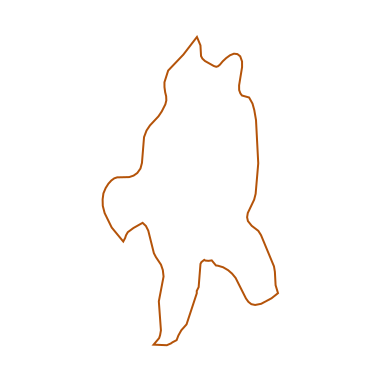 an SVG outline of Hòa Bình, rotated 240°
{"feature_id": "VNM-459", "entity_name": "Hòa Bình", "entity_type": "Province", "adm_level": 1, "iso_a3": "VNM", "parent_name": "Vietnam", "parent_adm1": "", "projection": "orthographic", "projection_center": [105.329, 20.711], "detail": "fine", "context": "isolated", "style": "outline", "palette": "amber", "viewbox_px": 384, "rotation_deg": 240, "n_neighbors": 0, "source": "natural_earth", "source_scale": "10m", "svg_char_len": 1493}
<svg xmlns="http://www.w3.org/2000/svg" viewBox="0 0 384 384"><g transform="rotate(240 192 192)"><path d="M323.8,273.8L314.7,272.6L305.2,267.8L302.3,267.7L299.0,268.7L290.2,273.9L288.3,275.6L287.9,277.4L288.3,279.8L289.8,283.9L290.9,288.6L291.4,293.4L290.8,297.5L288.7,300.3L285.4,301.6L280.0,300.6L275.1,297.8L260.8,286.1L256.7,283.8L253.2,283.2L250.6,283.5L245.3,288.7L238.3,288.6L231.8,286.9L222.3,283.4L183.7,263.7L158.6,246.2L154.3,242.0L145.9,229.8L142.6,227.1L138.9,225.9L132.9,226.8L125.2,230.0L120.1,230.2L86.6,225.8L81.5,223.9L69.5,217.8L61.4,215.9L60.2,207.7L60.6,196.0L62.6,190.2L65.2,187.3L68.7,185.9L72.9,185.5L95.8,186.8L101.2,185.9L106.2,184.2L111.3,181.3L115.2,177.6L116.4,176.0L122.9,174.9L124.1,171.9L126.0,169.2L127.1,168.7L126.6,165.1L125.5,163.4L106.3,150.2L103.9,146.6L101.9,145.5L80.1,121.1L77.6,113.6L74.5,108.4L71.4,104.6L71.6,99.9L71.4,98.0L71.9,93.6L79.0,82.4L81.9,90.5L84.0,92.8L87.7,95.9L113.9,108.6L133.0,125.1L139.0,127.7L144.6,128.8L153.7,128.2L158.1,128.4L180.4,134.8L185.6,135.1L190.0,133.8L190.1,123.3L189.3,116.3L187.5,113.2L185.6,111.1L183.5,107.7L201.4,104.7L217.4,105.8L224.6,107.8L230.3,110.9L235.1,114.6L238.6,119.2L241.0,123.8L242.3,127.9L242.7,131.5L242.1,134.5L236.3,145.1L235.4,149.6L235.8,154.1L238.1,159.1L242.2,163.2L263.5,177.9L268.0,183.4L270.7,188.9L274.3,200.8L276.9,206.1L281.2,212.7L284.2,215.6L287.9,217.5L291.7,218.6L296.6,220.6L300.8,223.0L309.1,232.1L315.3,253.2L323.8,273.8Z" fill="none" stroke="#b45309" stroke-width="2"/></g></svg>